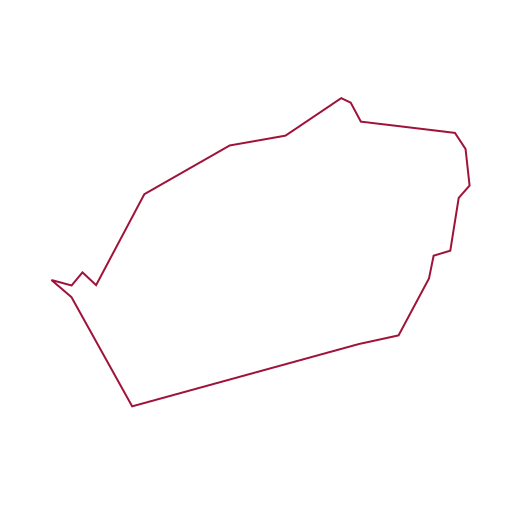 outline of Montgomery, Kentucky, United States of America, rotated 281°
{"feature_id": "52423323B47164962454454", "entity_name": "Montgomery", "entity_type": "district", "adm_level": 2, "iso_a3": "USA", "parent_name": "United States of America", "parent_adm1": "Kentucky", "projection": "albers", "projection_center": [-83.879, 38.046], "detail": "fine", "context": "isolated", "style": "outline", "palette": "rose", "viewbox_px": 512, "rotation_deg": 281, "n_neighbors": 0, "source": "geoboundaries", "source_scale": "gbopen_adm2", "svg_char_len": 425}
<svg xmlns="http://www.w3.org/2000/svg" viewBox="0 0 512 512"><g transform="rotate(281 256 256)"><path d="M424.6,319.7L427.2,309.5L379.8,262.0L359.5,209.1L295.4,134.6L196.9,104.6L206.8,88.8L191.9,80.6L193.4,59.8L180.4,82.7L84.8,163.1L189.3,373.9L205.3,411.1L267.0,430.1L290.2,430.3L298.3,445.7L351.7,443.9L365.9,452.2L401.0,441.3L414.8,427.8L407.9,333.3L424.6,319.7Z" fill="none" stroke="#9f1239" stroke-width="2"/></g></svg>